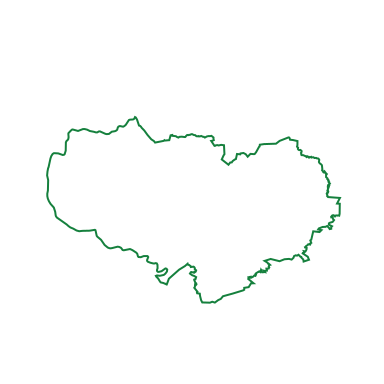 Coahuayutla de José María Izazaga, Guerrero, Mexico, rotated 298°
{"feature_id": "50627088B68118257032926", "entity_name": "Coahuayutla de José María Izazaga", "entity_type": "district", "adm_level": 2, "iso_a3": "MEX", "parent_name": "Mexico", "parent_adm1": "Guerrero", "projection": "equal_earth", "projection_center": [-101.625, 18.294], "detail": "fine", "context": "isolated", "style": "outline", "palette": "green", "viewbox_px": 384, "rotation_deg": 298, "n_neighbors": 0, "source": "geoboundaries", "source_scale": "gbopen_adm2", "svg_char_len": 6089}
<svg xmlns="http://www.w3.org/2000/svg" viewBox="0 0 384 384"><g transform="rotate(298 192 192)"><path d="M231.4,106.5L229.7,106.6L228.9,106.3L228.3,105.8L226.7,103.2L225.9,102.5L220.2,102.0L218.4,101.3L217.3,100.5L216.4,97.4L215.3,96.4L214.2,96.2L211.9,96.7L210.7,96.3L209.5,95.4L207.6,92.9L204.3,91.4L203.1,89.6L202.7,88.3L202.3,82.3L201.8,81.4L200.1,80.3L199.5,79.1L199.1,77.1L197.9,73.2L197.8,70.1L197.2,67.7L196.4,66.2L192.4,62.7L191.2,57.3L190.8,56.8L189.3,56.2L186.0,55.3L185.3,55.5L182.5,57.3L180.7,57.9L179.5,57.8L178.3,57.3L176.7,57.3L169.2,61.1L165.5,61.8L164.8,61.5L164.0,60.5L163.3,55.8L161.5,51.9L160.2,51.1L157.7,50.9L155.1,51.3L146.6,53.7L145.4,53.8L142.2,54.8L138.6,56.3L135.0,59.4L125.6,64.1L122.6,65.0L120.4,66.2L118.5,67.8L116.7,70.0L115.1,72.7L113.4,77.3L110.3,80.5L107.4,82.6L106.7,83.3L106.0,84.7L104.5,96.6L103.9,99.0L103.6,101.2L103.9,104.4L103.8,108.1L104.4,110.8L106.2,113.4L109.8,119.8L113.0,124.0L113.0,124.6L112.5,125.1L108.6,128.4L108.1,129.4L107.1,134.1L104.2,139.7L103.4,143.7L103.6,145.4L104.0,146.5L104.9,147.7L108.8,152.0L109.3,153.5L109.4,155.2L109.2,156.0L108.2,157.9L108.5,159.1L112.5,164.0L112.6,164.6L112.7,166.7L112.3,171.2L111.8,172.6L109.8,174.5L109.5,175.3L110.4,177.4L112.7,179.4L114.5,182.7L114.4,183.3L114.0,183.9L110.7,184.3L110.0,184.9L109.7,185.7L110.0,188.4L110.7,191.3L111.1,192.2L112.2,193.4L112.4,194.5L111.5,195.7L108.5,197.4L107.0,197.6L106.0,198.1L105.7,198.5L105.5,199.2L105.8,200.1L107.8,202.3L112.0,204.4L112.3,205.5L111.8,206.6L110.0,207.2L107.4,206.8L105.5,206.0L102.9,202.9L101.9,200.3L101.0,199.5L100.4,200.4L99.8,202.6L97.9,205.8L97.5,206.8L98.2,209.4L98.4,212.5L98.6,212.4L98.7,213.1L104.6,212.3L117.4,217.1L123.4,220.6L126.6,221.8L125.9,222.5L126.2,223.8L126.0,224.6L126.0,225.4L125.2,226.2L126.8,228.4L126.8,228.8L126.5,229.7L126.0,230.3L125.2,230.6L124.8,232.4L123.6,232.4L123.3,232.1L123.2,232.5L121.7,231.8L121.1,229.1L120.6,228.6L119.0,228.5L118.6,231.2L118.9,233.4L118.8,235.6L116.6,236.0L115.9,235.1L115.5,235.1L113.6,237.4L113.3,238.6L112.5,239.3L111.3,239.0L111.4,238.3L109.5,239.1L108.5,239.0L106.5,243.6L105.8,243.4L105.0,244.1L105.9,246.6L103.9,248.0L100.8,250.8L99.3,252.9L102.7,259.8L104.6,261.4L105.1,264.1L108.9,265.9L111.1,267.6L114.5,268.3L121.4,275.6L129.1,283.3L130.2,284.0L131.9,283.1L134.6,286.7L139.0,287.0L140.3,289.2L141.8,281.7L141.9,282.2L142.2,282.4L143.1,281.9L143.3,282.7L143.9,282.6L144.7,283.6L143.8,284.0L144.0,284.4L145.9,285.7L147.5,286.2L147.7,287.2L148.6,286.8L148.7,287.3L149.0,287.4L149.9,286.6L150.3,286.7L152.4,287.9L152.8,288.5L153.5,288.6L153.4,290.1L155.7,289.5L155.1,290.5L154.4,291.1L154.2,291.9L154.6,292.6L155.1,293.0L155.5,294.1L156.3,292.6L156.7,294.1L157.7,294.5L157.8,295.0L158.1,294.9L158.3,294.3L158.6,294.3L159.3,293.7L160.5,295.7L160.9,295.7L160.9,296.2L161.2,295.6L161.6,295.6L161.7,295.2L162.2,295.0L162.3,294.7L163.7,294.5L164.3,295.1L164.7,293.4L164.4,293.3L164.4,292.9L165.1,291.6L165.3,288.5L169.8,292.9L172.0,301.8L176.0,305.2L178.5,309.1L179.1,311.7L181.6,312.5L183.3,312.2L184.8,313.3L185.1,314.6L186.6,315.5L185.8,318.0L186.0,318.9L185.5,319.2L184.6,322.0L183.0,323.2L187.1,327.1L189.2,324.6L189.8,318.5L190.3,318.5L191.0,319.3L191.6,319.6L192.3,318.6L192.6,319.5L193.0,320.1L194.9,320.1L196.5,319.5L196.5,319.2L196.1,317.9L196.3,317.7L196.8,318.2L197.8,318.1L199.6,319.1L200.3,319.1L200.8,319.8L201.0,321.0L201.3,321.0L201.9,320.5L203.1,321.2L204.8,319.2L205.9,319.7L214.2,317.5L216.5,323.4L219.1,324.2L218.2,321.0L219.4,321.1L222.5,323.8L223.9,326.2L225.4,327.3L224.7,329.6L223.9,331.0L224.9,332.2L226.3,331.4L227.5,331.7L227.4,328.2L228.6,327.6L229.5,328.1L231.6,330.2L233.9,330.6L234.3,329.3L235.2,328.4L235.6,328.2L235.7,327.7L235.0,326.9L235.4,326.5L237.0,326.8L237.8,327.5L238.0,328.4L237.5,329.3L237.5,329.7L238.4,329.8L239.0,330.2L239.5,331.6L239.9,331.9L240.2,333.1L242.0,332.6L251.0,328.0L249.9,325.5L256.2,325.4L251.4,314.5L251.9,313.2L252.6,313.2L253.7,311.8L254.8,312.2L255.0,311.9L255.3,312.3L256.2,312.2L256.7,311.0L257.5,311.2L257.9,310.7L259.1,310.6L259.2,310.2L260.2,309.6L260.6,310.4L261.2,310.3L261.6,309.6L261.3,309.6L261.3,309.1L261.8,308.9L262.6,309.8L262.9,309.4L264.1,309.8L264.6,308.2L265.0,308.0L265.3,308.2L265.8,307.0L266.5,307.1L266.9,306.1L266.9,305.5L267.6,305.3L268.1,303.4L270.0,302.4L271.1,302.6L271.2,302.1L270.5,302.1L271.5,301.4L272.5,299.2L272.1,299.1L271.8,299.5L271.2,299.6L271.1,299.3L271.1,298.7L271.9,297.8L272.1,296.9L272.3,296.6L273.0,296.6L276.4,294.3L276.8,293.8L277.2,292.3L277.2,291.6L277.7,290.4L278.2,289.9L280.1,289.3L280.7,288.3L280.8,287.5L280.3,286.6L280.4,285.7L279.5,284.1L279.7,283.0L278.9,281.6L279.0,281.1L278.5,281.1L278.4,279.8L277.8,279.5L277.8,278.9L277.4,278.9L277.7,278.0L277.5,277.7L277.6,277.0L277.0,276.9L277.1,276.6L276.7,276.5L277.0,275.4L276.8,274.5L276.8,273.1L276.0,271.4L276.2,271.0L277.2,270.5L277.6,269.9L279.0,269.9L279.8,269.3L280.0,267.9L279.3,267.0L279.3,266.2L279.7,265.3L281.0,264.8L281.0,264.2L281.4,263.4L282.8,263.1L286.5,261.2L285.3,256.8L284.2,254.0L285.4,252.9L285.7,251.9L285.3,251.4L278.3,245.4L274.1,243.5L268.1,233.1L265.6,229.7L263.9,230.3L263.5,230.0L257.2,229.9L255.0,229.5L254.6,229.1L253.1,225.7L249.3,224.6L250.6,221.7L250.6,219.1L248.8,216.7L247.9,216.9L246.7,213.9L241.7,215.3L240.9,214.6L238.5,213.4L236.8,213.2L236.0,211.9L233.2,211.4L234.7,203.0L239.2,202.7L240.6,202.9L248.3,198.3L247.3,195.6L245.6,193.7L245.4,192.6L244.5,191.2L243.7,190.8L243.3,190.2L246.1,185.0L246.9,186.0L248.0,186.9L249.2,185.9L250.2,185.4L250.7,182.8L249.7,181.6L249.3,180.6L248.1,179.1L246.1,177.8L246.3,176.5L245.9,175.9L245.8,173.8L244.7,172.8L244.5,171.6L244.0,171.4L243.7,170.4L243.3,169.7L243.7,168.2L243.2,167.0L243.1,164.8L242.2,163.8L241.4,163.3L241.1,162.6L240.5,162.1L240.1,161.0L238.8,160.5L237.5,160.3L237.2,160.0L236.0,156.9L234.7,154.9L233.7,154.5L233.5,153.1L233.7,151.6L232.4,148.3L233.1,147.8L232.0,146.5L227.1,147.6L224.5,143.6L224.7,143.3L223.7,142.8L218.3,136.2L219.1,134.5L219.4,131.3L221.5,125.9L223.9,121.0L225.1,117.3L225.7,116.3L226.0,115.1L225.8,114.0L230.1,109.5L231.4,107.4L231.4,106.5Z" fill="none" stroke="#15803d" stroke-width="2"/></g></svg>